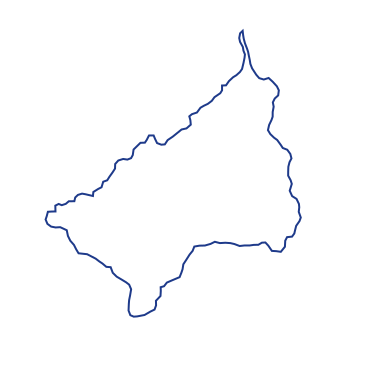 Morro Agudo de Goiás, Goiás, Brazil (Albers equal-area conic projection), rotated 144°
{"feature_id": "56859067B87068855347914", "entity_name": "Morro Agudo de Goiás", "entity_type": "district", "adm_level": 2, "iso_a3": "BRA", "parent_name": "Brazil", "parent_adm1": "Goiás", "projection": "albers", "projection_center": [-50.018, -15.311], "detail": "fine", "context": "isolated", "style": "outline", "palette": "blue", "viewbox_px": 384, "rotation_deg": 144, "n_neighbors": 0, "source": "geoboundaries", "source_scale": "gbopen_adm2", "svg_char_len": 2449}
<svg xmlns="http://www.w3.org/2000/svg" viewBox="0 0 384 384"><g transform="rotate(144 192 192)"><path d="M112.5,119.5L111.5,125.0L113.4,129.8L112.2,135.6L106.5,139.9L105.3,143.5L104.6,148.7L102.1,152.1L99.2,155.8L95.6,158.8L91.8,160.7L90.1,165.0L90.1,170.2L92.7,174.3L92.5,177.8L92.5,184.0L93.7,187.7L94.6,192.8L94.2,197.4L90.2,200.9L85.4,203.5L82.5,205.5L79.7,209.3L75.8,213.0L73.9,217.0L70.1,219.0L65.5,219.5L62.0,223.2L61.2,227.6L61.9,233.8L63.0,239.2L67.8,240.8L70.7,244.6L71.1,249.1L70.7,256.7L69.5,261.3L67.7,264.8L66.1,268.4L64.2,272.5L63.2,275.7L61.7,281.3L60.0,285.7L58.4,288.9L56.3,292.6L59.8,292.1L63.3,288.8L64.9,285.2L65.6,279.5L67.3,276.1L68.3,272.2L70.6,269.7L74.4,266.2L79.2,262.1L82.7,260.9L87.5,260.4L91.3,260.7L96.9,260.0L101.8,258.3L105.1,260.5L107.9,256.6L111.1,255.3L118.1,255.5L122.4,254.1L127.4,254.0L131.7,254.8L135.6,255.2L141.3,253.4L146.3,255.0L149.7,254.8L151.1,251.1L153.4,247.2L159.1,246.7L163.7,248.7L171.1,248.3L175.0,248.1L181.2,248.3L186.0,246.5L189.0,248.3L191.5,252.1L190.7,256.6L189.8,260.3L193.6,263.0L197.9,260.8L201.1,259.6L204.8,262.1L214.3,260.7L218.2,256.7L221.4,255.2L225.2,256.2L228.3,259.2L233.1,260.8L237.7,259.8L240.5,256.2L244.6,254.6L250.0,252.8L253.7,251.3L257.8,252.5L262.4,249.0L266.0,249.6L271.8,250.0L274.5,247.0L279.5,252.8L281.9,255.3L286.0,256.7L289.7,256.2L292.6,253.7L297.1,256.9L301.1,256.6L305.1,257.9L306.9,260.7L310.6,261.3L313.9,256.5L316.6,258.4L320.2,260.7L323.9,257.7L326.6,255.8L327.7,251.2L326.3,246.8L323.2,243.5L319.3,241.0L315.8,234.7L318.2,229.4L319.1,224.1L318.6,218.6L319.4,213.7L319.8,209.1L313.4,203.3L309.1,194.7L307.8,190.3L306.5,186.8L305.3,181.8L302.0,179.0L303.6,173.2L302.7,167.8L300.4,162.5L298.4,157.7L297.3,154.0L298.4,149.1L302.9,144.7L306.4,141.5L308.8,138.7L313.0,133.4L314.3,128.6L312.4,125.4L309.5,123.6L302.7,120.4L295.9,119.7L291.4,118.9L287.7,121.4L285.1,125.2L278.6,126.4L275.4,130.3L273.3,133.4L270.0,132.2L265.6,133.5L259.8,132.2L252.1,130.4L248.1,132.9L245.0,135.1L241.5,138.6L236.5,140.5L230.7,142.8L226.1,144.0L222.2,146.5L217.5,144.2L213.0,141.1L207.5,139.1L202.8,138.3L199.5,134.3L194.8,131.3L191.0,128.1L188.3,125.0L185.2,120.3L180.8,117.8L176.7,114.8L172.9,112.8L169.4,110.3L165.2,109.9L162.3,108.0L161.8,103.7L162.0,97.4L158.7,94.7L155.3,91.4L149.0,93.1L145.2,97.8L141.6,99.6L137.3,97.1L133.6,98.3L131.2,100.4L127.6,103.4L122.1,105.3L119.0,107.4L117.3,113.2L114.2,116.6L112.5,119.5Z" fill="none" stroke="#1e3a8a" stroke-width="2"/></g></svg>